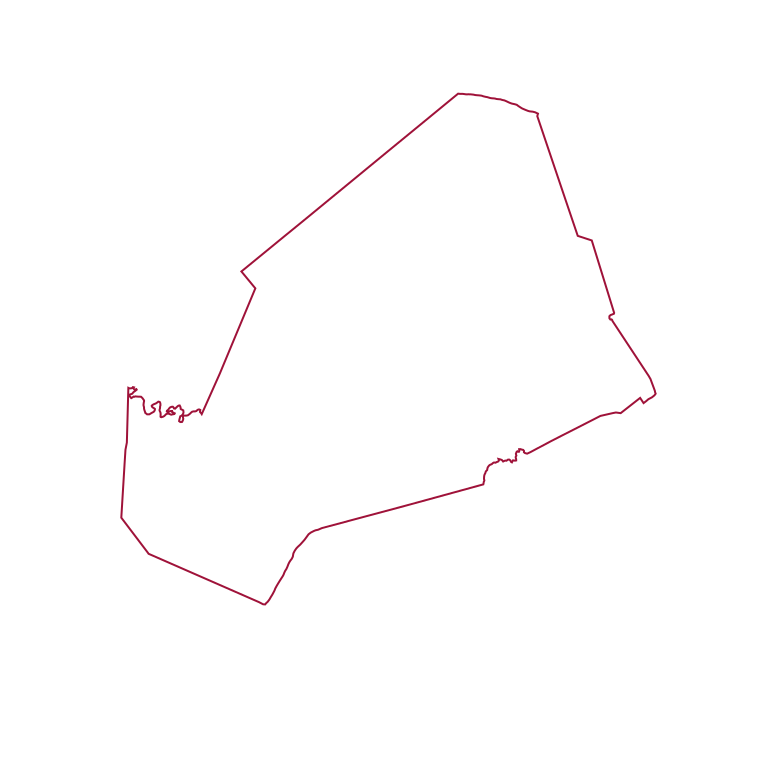 Bavel, Batdâmbâng, Cambodia (Equal Earth projection), rotated 51°
{"feature_id": "14789045B6741933347766", "entity_name": "Bavel", "entity_type": "district", "adm_level": 2, "iso_a3": "KHM", "parent_name": "Cambodia", "parent_adm1": "Batdâmbâng", "projection": "equal_earth", "projection_center": [102.818, 13.225], "detail": "fine", "context": "isolated", "style": "outline", "palette": "rose", "viewbox_px": 768, "rotation_deg": 51, "n_neighbors": 0, "source": "geoboundaries", "source_scale": "gbopen_adm2", "svg_char_len": 4719}
<svg xmlns="http://www.w3.org/2000/svg" viewBox="0 0 768 768"><g transform="rotate(51 384 384)"><path d="M205.0,143.7L205.2,172.2L205.6,233.9L205.8,260.9L206.4,342.7L206.5,368.6L206.8,424.0L228.7,423.8L272.5,504.9L292.7,544.6L291.8,544.5L291.4,544.5L291.1,544.5L289.9,544.6L289.4,544.0L288.5,543.1L287.4,543.7L287.0,544.4L286.8,545.3L286.9,546.9L286.3,548.3L285.7,548.8L285.2,549.7L284.8,550.6L284.8,551.7L285.0,553.8L284.9,556.1L284.1,557.6L283.4,558.5L282.4,559.7L282.7,560.5L283.2,561.1L283.9,561.5L284.6,561.8L285.4,562.7L286.4,564.7L285.8,565.8L285.2,566.3L283.9,566.6L283.2,565.8L282.5,564.9L281.6,563.6L280.9,562.7L281.2,561.5L281.2,560.6L280.9,559.4L280.5,558.5L279.8,557.6L278.2,556.6L277.3,556.9L276.7,557.2L276.0,557.6L275.4,557.7L274.6,557.1L273.6,556.6L272.1,556.3L271.5,557.3L271.4,558.3L271.5,559.8L271.7,561.9L270.8,562.6L270.1,562.3L268.8,562.4L268.3,563.0L267.9,563.8L267.6,564.9L267.8,566.6L268.2,567.7L268.2,568.5L268.2,569.5L268.7,570.1L269.7,569.7L270.1,569.0L270.4,567.6L270.7,566.9L271.6,565.7L272.5,566.3L273.4,565.8L274.1,565.6L275.1,565.1L275.4,565.8L274.9,566.8L274.4,567.5L274.2,568.3L273.6,568.9L272.5,569.5L271.3,570.2L270.6,571.3L270.3,572.5L270.5,573.7L270.6,575.0L270.4,576.2L269.7,577.9L269.1,578.3L268.4,578.0L267.5,577.0L266.8,576.6L266.1,576.0L265.5,575.7L264.9,575.5L264.2,575.4L263.0,574.9L262.5,574.2L262.1,573.6L261.4,572.9L260.5,572.1L260.0,571.3L259.3,570.7L258.6,570.2L257.8,569.8L256.8,569.6L255.7,570.5L255.7,571.6L255.5,573.8L255.2,574.5L254.8,575.9L254.6,577.4L254.8,578.3L255.6,578.6L256.7,578.5L257.7,578.1L259.1,577.7L259.8,578.2L260.4,579.2L260.7,580.5L260.4,582.0L260.2,583.2L259.9,585.4L258.5,587.2L257.4,587.4L256.2,587.7L255.4,587.3L253.7,586.7L252.3,586.1L251.0,585.1L249.4,584.4L248.5,583.7L247.1,582.2L246.4,581.3L245.7,580.8L244.6,580.7L243.1,580.6L241.1,580.8L240.2,581.7L239.2,582.9L238.0,584.2L237.1,585.1L236.8,586.1L236.2,586.5L236.1,588.1L235.9,589.3L234.9,589.3L232.9,589.3L232.2,588.4L232.6,587.2L233.1,585.8L232.7,584.0L232.7,582.9L232.8,582.1L232.8,581.2L232.8,579.8L232.1,579.7L231.8,580.8L231.3,581.4L230.5,581.5L229.5,581.6L229.2,580.5L228.4,581.1L228.6,582.0L228.4,582.9L227.6,584.1L227.0,584.7L226.1,585.1L267.7,620.7L272.4,626.3L282.5,635.6L322.6,672.3L366.7,673.7L367.8,673.8L474.9,618.4L479.1,616.6L480.5,615.1L480.1,613.1L480.1,611.8L479.8,610.4L479.3,608.5L478.4,606.2L477.4,603.3L476.3,600.7L475.6,599.1L474.5,597.2L473.3,594.3L472.1,591.0L471.2,588.4L470.3,585.7L469.7,583.8L468.9,581.9L468.1,580.6L467.1,578.6L466.3,576.2L465.2,574.0L463.9,571.8L463.0,569.9L462.3,567.8L461.8,565.7L460.8,563.5L459.9,562.5L458.6,561.0L457.4,558.3L456.6,555.6L456.3,553.4L456.1,550.2L455.6,547.0L455.1,544.0L454.2,540.5L453.3,537.2L453.4,534.3L454.1,531.0L454.6,529.3L455.8,526.9L456.6,524.0L457.0,522.7L492.2,443.7L524.5,370.0L523.9,369.2L522.8,368.0L522.5,367.3L522.0,366.6L520.8,366.1L520.0,365.4L519.0,364.5L518.0,363.4L517.4,362.3L517.0,361.3L516.4,360.5L516.0,359.8L515.8,358.0L514.9,357.0L514.1,355.9L513.8,354.9L513.5,353.7L513.5,352.7L513.8,351.6L514.1,350.8L514.0,349.3L514.1,348.2L514.8,347.3L515.4,346.8L515.5,345.7L515.8,345.0L516.1,343.9L515.6,342.6L514.3,342.2L515.1,341.6L516.2,340.8L517.4,340.2L519.2,340.2L519.4,339.2L519.7,338.3L520.1,337.6L520.7,337.1L520.8,335.2L521.6,334.2L522.9,333.9L524.3,334.3L525.4,333.9L524.9,332.7L524.5,331.9L525.2,331.1L526.0,330.5L526.6,329.4L525.6,328.6L524.7,328.2L524.1,328.0L523.3,327.2L523.0,326.2L522.3,325.9L521.3,325.5L520.8,324.7L520.2,323.6L520.2,322.7L521.0,322.4L521.6,321.8L521.1,320.8L520.4,320.4L519.7,320.0L520.5,318.9L521.7,318.2L522.8,317.3L524.1,317.3L525.1,318.2L526.4,317.9L528.2,316.6L529.1,313.1L530.5,305.7L533.6,289.8L536.1,277.9L543.1,245.0L545.0,235.9L550.8,224.1L552.1,221.7L555.6,218.4L556.0,193.7L562.2,194.3L562.3,190.9L562.2,188.1L563.0,184.1L563.0,181.0L562.5,179.0L560.8,178.4L560.0,177.9L558.3,177.3L547.6,173.7L545.9,173.5L545.1,173.3L478.8,166.8L477.8,166.4L477.0,166.5L476.4,167.5L474.9,167.5L474.2,167.0L473.6,166.6L473.1,166.0L473.0,164.5L473.5,163.1L473.8,162.0L474.1,161.2L473.6,160.4L403.2,132.2L390.8,140.2L352.9,126.2L300.3,106.7L272.3,96.3L270.8,94.2L267.9,95.6L266.0,97.0L265.0,98.0L263.8,99.2L262.4,100.2L260.1,101.5L256.9,103.2L255.2,103.8L252.4,104.7L250.6,105.1L248.6,106.5L246.5,108.2L245.2,109.0L243.5,109.9L241.8,110.7L240.4,111.4L239.3,112.0L238.1,113.0L237.0,113.8L236.1,114.3L234.9,115.6L234.4,116.1L233.3,117.2L232.0,118.1L230.9,119.2L229.9,120.3L228.7,121.4L227.4,122.3L226.2,123.1L224.8,124.3L223.9,125.0L222.7,125.9L221.5,126.6L220.6,127.4L219.3,128.7L218.1,130.0L216.8,131.3L215.4,132.4L214.1,133.7L213.2,134.6L211.8,136.3L210.6,137.9L209.7,138.7L208.2,140.1L206.4,142.3L205.0,143.7Z" fill="none" stroke="#9f1239" stroke-width="2"/></g></svg>